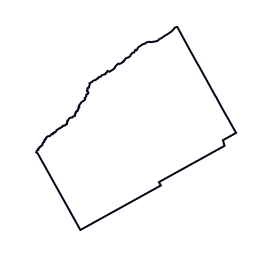 Richland, North Dakota, United States of America, rotated 241°
{"feature_id": "52423323B46553352512273", "entity_name": "Richland", "entity_type": "district", "adm_level": 2, "iso_a3": "USA", "parent_name": "United States of America", "parent_adm1": "North Dakota", "projection": "mercator", "projection_center": [-96.692, 46.284], "detail": "fine", "context": "isolated", "style": "outline", "palette": "ink", "viewbox_px": 256, "rotation_deg": 241, "n_neighbors": 0, "source": "geoboundaries", "source_scale": "gbopen_adm2", "svg_char_len": 3353}
<svg xmlns="http://www.w3.org/2000/svg" viewBox="0 0 256 256"><g transform="rotate(241 128 128)"><path d="M61.9,36.9L61.9,59.8L61.8,128.8L65.7,128.8L65.6,203.8L71.3,205.1L71.3,220.1L86.5,220.1L91.4,220.0L94.1,219.9L109.4,220.0L112.9,220.1L113.2,219.9L132.3,220.0L148.5,220.0L151.0,219.9L167.4,219.9L171.2,219.9L175.0,220.0L178.8,220.0L182.6,220.0L184.6,220.1L186.4,220.1L190.1,220.1L192.5,220.1L192.7,219.6L193.0,217.3L192.8,216.8L192.3,216.1L191.3,212.6L190.9,208.3L190.9,205.8L190.7,202.5L190.6,201.9L190.3,201.0L190.6,198.7L190.2,197.3L190.0,196.9L189.9,196.0L190.7,193.1L192.0,189.6L193.0,188.5L193.3,187.8L193.8,186.0L193.8,185.0L193.6,184.4L193.5,184.1L194.2,181.0L193.9,180.3L193.8,177.5L193.6,176.2L193.3,175.5L192.6,174.7L192.2,173.7L191.9,172.9L192.7,172.5L192.6,171.7L191.4,170.6L191.1,170.0L191.4,169.7L191.5,167.9L190.5,165.5L190.0,165.0L189.7,164.3L189.5,163.3L190.0,160.3L189.9,159.5L189.8,158.9L189.5,158.6L189.0,158.1L188.9,157.4L188.7,156.5L188.3,156.5L188.2,156.2L188.2,155.7L188.2,155.4L188.2,155.0L188.2,154.8L188.0,154.4L188.0,153.2L188.1,152.6L188.1,151.7L188.7,151.2L188.8,151.0L188.9,150.2L188.8,149.4L188.7,149.3L188.3,147.9L187.4,145.7L186.7,145.2L186.4,143.2L186.2,139.5L186.2,139.1L187.0,138.5L187.3,138.3L187.5,138.0L187.7,137.9L187.7,137.7L187.7,137.4L187.3,137.1L187.0,136.8L186.9,136.4L187.1,136.0L187.1,135.5L186.9,135.1L186.6,134.7L186.1,134.5L186.0,134.1L186.1,133.7L186.5,132.6L186.8,130.7L186.7,130.3L186.2,129.4L186.1,129.0L186.2,128.6L186.6,127.8L186.6,126.6L186.5,126.3L186.0,126.0L185.8,125.6L186.1,124.7L186.1,124.3L185.9,124.0L185.7,123.0L186.2,120.8L186.2,120.3L185.7,118.9L185.9,116.1L185.7,115.9L184.4,115.5L183.2,114.2L182.3,113.5L182.2,113.2L182.6,112.4L182.1,111.5L180.7,111.0L180.5,110.8L180.6,110.2L180.1,109.9L178.6,110.5L177.8,110.4L177.5,110.0L177.3,108.7L177.5,108.0L177.4,107.6L176.7,107.3L175.8,106.7L175.3,105.5L175.2,104.7L173.9,104.4L173.7,104.2L173.2,101.8L173.3,100.3L171.6,96.4L171.2,95.7L170.9,95.6L170.4,95.8L169.8,95.6L169.7,95.2L169.8,94.8L169.7,94.2L168.7,93.9L168.3,93.6L168.2,93.2L168.3,92.8L168.2,92.4L168.0,92.2L167.4,92.2L167.2,91.7L167.2,91.4L167.5,90.7L167.4,90.1L167.1,89.9L166.5,89.8L166.4,89.7L166.3,89.0L166.0,88.4L165.5,88.1L164.8,88.1L164.4,87.6L164.3,87.1L164.4,86.6L164.7,85.9L164.6,85.2L164.4,84.8L164.2,84.2L164.3,84.0L164.8,83.4L165.0,82.0L164.8,81.0L164.5,80.6L163.9,79.7L163.8,79.2L163.9,78.8L163.7,78.6L163.6,78.4L163.2,78.3L162.8,78.1L162.8,77.5L161.3,76.8L161.0,76.5L161.1,76.2L161.3,75.5L161.2,75.2L160.9,74.9L160.7,74.4L160.8,73.9L161.4,72.7L161.5,72.0L161.2,71.8L160.8,71.0L161.1,69.9L161.1,69.6L160.6,68.7L161.1,67.7L160.8,66.6L160.7,64.4L160.0,63.5L159.6,62.5L159.6,62.0L160.0,61.5L159.9,61.0L159.5,60.5L159.4,60.3L159.5,60.2L159.8,59.8L159.9,59.7L159.7,59.3L159.2,59.0L159.6,57.9L159.5,57.6L159.1,56.6L158.9,56.3L158.8,55.8L158.9,55.4L159.2,55.1L159.6,53.7L159.2,51.6L158.9,51.1L158.3,51.0L158.1,50.7L158.0,50.3L158.2,49.4L157.6,49.3L157.3,49.1L157.3,48.5L157.1,48.2L156.4,47.8L156.3,47.4L156.4,46.6L156.3,46.3L156.0,46.1L155.5,45.3L154.9,45.2L154.5,44.7L154.5,44.3L154.5,43.7L154.6,43.2L154.0,42.7L153.9,42.2L154.2,41.2L154.0,40.8L153.4,40.4L153.3,40.0L153.4,39.6L153.3,39.2L152.4,39.0L152.3,38.0L152.4,37.5L152.3,37.1L152.2,36.9L151.3,36.3L151.1,35.9L149.8,36.7L107.1,36.8L103.5,36.8L61.9,36.9Z" fill="none" stroke="#020617" stroke-width="2"/></g></svg>